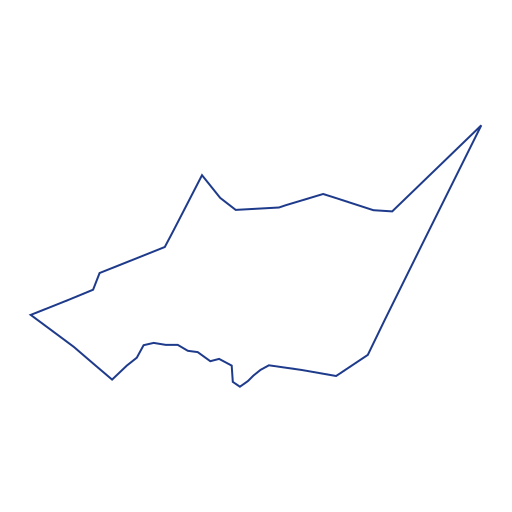 Buenos Aires, Pernambuco, Brazil
{"feature_id": "56859067B80815357525699", "entity_name": "Buenos Aires", "entity_type": "district", "adm_level": 2, "iso_a3": "BRA", "parent_name": "Brazil", "parent_adm1": "Pernambuco", "projection": "mercator", "projection_center": [-35.358, -7.727], "detail": "fine", "context": "isolated", "style": "outline", "palette": "blue", "viewbox_px": 512, "rotation_deg": 0, "n_neighbors": 0, "source": "geoboundaries", "source_scale": "gbopen_adm2", "svg_char_len": 649}
<svg xmlns="http://www.w3.org/2000/svg" viewBox="0 0 512 512"><path d="M367.8,354.9L385.1,319.2L422.4,243.8L481.3,125.3L392.2,211.4L373.4,210.2L348.7,202.2L333.0,197.1L323.1,194.0L285.8,205.2L279.0,207.5L235.7,209.9L220.2,197.9L202.0,175.2L182.7,212.7L172.2,233.0L164.8,247.0L99.6,273.0L93.1,289.7L67.9,300.1L30.7,314.9L73.7,346.8L95.6,365.6L112.1,379.6L126.8,365.6L136.8,357.7L143.6,345.2L153.7,342.9L165.9,344.9L177.8,344.9L187.8,350.8L197.7,352.1L210.3,361.2L219.1,358.9L231.7,365.6L232.8,381.9L239.9,386.7L247.9,381.1L253.5,375.5L260.5,369.9L268.9,365.3L301.2,369.9L336.1,376.0L367.8,354.9Z" fill="none" stroke="#1e3a8a" stroke-width="2"/></svg>